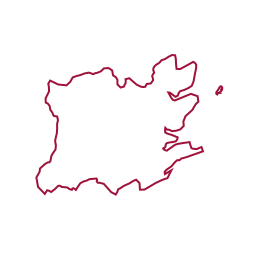 an SVG outline of North Jeolla, rotated 167°
{"feature_id": "KOR-2499", "entity_name": "North Jeolla", "entity_type": "Province", "adm_level": 1, "iso_a3": "KOR", "parent_name": "South Korea", "parent_adm1": "", "projection": "orthographic", "projection_center": [126.968, 35.705], "detail": "fine", "context": "isolated", "style": "outline", "palette": "rose", "viewbox_px": 256, "rotation_deg": 167, "n_neighbors": 0, "source": "natural_earth", "source_scale": "10m", "svg_char_len": 2849}
<svg xmlns="http://www.w3.org/2000/svg" viewBox="0 0 256 256"><g transform="rotate(167 128 128)"><path d="M49.5,177.8L47.9,175.9L47.3,174.3L48.2,170.8L50.3,166.4L53.6,158.7L56.4,154.7L60.4,153.3L64.9,152.4L68.8,152.2L70.6,150.8L72.3,148.3L74.7,147.7L76.9,150.2L79.1,152.9L80.7,153.5L79.1,147.9L78.0,145.4L76.2,144.3L59.0,147.1L53.0,143.3L53.4,139.3L53.5,137.7L56.3,136.3L58.8,133.8L61.1,131.2L64.8,129.1L69.2,126.7L72.6,121.9L73.2,117.5L75.0,116.4L76.4,115.5L77.1,114.9L81.5,114.5L85.7,115.0L88.4,117.1L90.3,117.6L91.6,119.8L92.1,118.6L92.5,116.9L92.7,115.2L91.1,113.9L90.0,113.1L87.7,111.9L85.1,110.1L82.9,108.5L81.8,107.9L82.1,106.6L83.2,105.3L84.2,104.4L85.3,104.2L92.0,104.6L93.5,104.5L94.6,103.9L95.3,102.6L95.6,101.5L96.2,100.8L97.8,100.5L98.4,100.0L97.7,98.9L96.5,97.8L95.0,97.2L94.6,97.5L85.8,101.1L82.8,101.3L76.9,100.9L71.2,100.4L71.1,97.8L70.8,94.3L69.6,93.3L66.0,92.0L60.7,92.9L60.2,88.4L71.2,87.2L77.1,86.5L83.1,86.2L85.1,85.0L87.2,85.6L89.7,84.3L94.2,80.9L99.8,78.7L102.2,77.0L102.4,74.8L95.3,77.0L100.8,70.3L106.5,69.7L113.3,68.2L125.8,64.3L130.2,65.2L129.2,71.8L131.7,75.8L135.3,75.1L138.7,73.8L145.3,72.5L147.1,71.8L148.8,71.1L151.3,70.5L152.9,68.0L154.9,65.9L158.8,69.3L164.2,79.1L168.2,81.1L169.8,81.5L170.5,83.0L169.7,84.7L170.2,85.9L177.2,86.8L179.8,86.1L183.3,85.9L186.9,84.9L189.8,82.3L192.7,79.4L193.7,80.7L194.9,81.7L195.8,81.5L196.6,80.4L198.7,81.6L200.5,83.7L205.9,85.5L207.0,86.9L209.0,87.4L212.8,85.0L217.3,82.9L219.0,84.6L220.8,85.5L222.3,84.1L223.9,82.5L228.9,90.9L228.4,100.4L224.0,105.2L222.9,108.3L216.9,111.6L214.0,112.5L212.3,112.3L211.1,113.1L208.9,118.1L206.3,120.8L203.5,123.3L202.2,127.2L201.9,131.8L200.4,135.2L198.6,138.7L197.2,143.2L196.2,147.8L194.5,151.3L194.4,155.1L197.5,156.4L198.0,158.0L198.2,159.9L199.6,163.4L199.4,167.2L200.7,170.0L202.4,171.2L201.7,175.3L196.7,181.4L195.9,185.4L195.7,189.1L193.2,191.7L186.2,186.1L178.4,183.4L174.0,185.9L170.5,189.7L166.7,190.2L162.7,190.3L158.2,190.9L153.8,190.8L151.7,189.6L149.8,188.2L147.7,188.8L145.2,188.7L141.5,189.4L138.0,191.5L133.5,190.8L130.5,187.7L130.7,182.7L128.2,179.9L127.5,177.2L128.5,172.9L126.1,169.1L122.5,169.3L121.6,170.9L120.4,172.0L119.7,174.0L119.4,176.1L115.6,176.2L109.9,168.4L106.2,165.4L104.1,164.5L101.9,164.3L99.8,166.7L95.7,166.3L92.7,169.0L92.6,171.1L92.8,173.1L91.6,174.8L90.1,175.9L90.2,177.5L90.4,179.0L89.4,181.1L87.8,182.5L85.8,183.5L83.7,184.1L81.9,185.1L80.3,186.4L76.2,186.9L72.4,188.3L68.7,189.2L65.7,188.2L65.9,184.2L66.7,180.1L67.4,174.7L63.9,173.7L52.1,177.0L49.6,177.8L49.5,177.8ZM28.0,147.8L27.5,147.2L27.1,146.3L27.3,145.3L28.6,144.7L28.5,144.4L27.9,144.0L28.1,143.7L28.8,143.3L29.3,142.7L30.0,142.5L30.4,142.3L30.2,141.5L30.8,141.6L32.1,141.8L33.1,141.1L33.5,140.6L34.0,141.0L34.3,141.9L33.8,143.0L31.6,144.9L30.1,146.6L29.1,147.3L28.7,147.7L28.0,147.8Z" fill="none" stroke="#9f1239" stroke-width="2"/></g></svg>